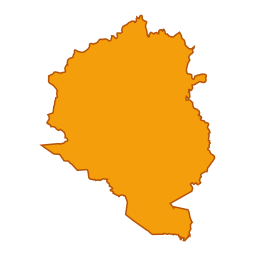 Santiago Jocotepec, Oaxaca, Mexico
{"feature_id": "50627088B21737017229754", "entity_name": "Santiago Jocotepec", "entity_type": "district", "adm_level": 2, "iso_a3": "MEX", "parent_name": "Mexico", "parent_adm1": "Oaxaca", "projection": "albers", "projection_center": [-95.984, 17.649], "detail": "fine", "context": "isolated", "style": "filled", "palette": "amber", "viewbox_px": 256, "rotation_deg": 0, "n_neighbors": 0, "source": "geoboundaries", "source_scale": "gbopen_adm2", "svg_char_len": 5743}
<svg xmlns="http://www.w3.org/2000/svg" viewBox="0 0 256 256"><path d="M47.9,114.7L49.0,116.6L49.4,118.2L48.9,119.5L46.9,122.8L47.7,123.7L48.3,123.5L48.7,123.8L49.1,124.5L50.0,124.5L50.8,126.0L50.7,126.5L51.0,126.8L52.6,126.5L55.2,127.3L56.4,129.0L58.3,130.3L58.8,130.3L60.0,129.5L60.8,129.5L61.3,130.1L62.5,130.7L63.1,131.5L64.1,132.2L65.1,134.6L65.3,135.5L65.0,137.7L66.2,137.8L66.7,138.2L67.7,139.7L67.7,140.1L67.3,141.0L66.9,141.3L65.9,141.4L64.7,142.0L64.1,142.8L63.2,143.5L61.8,143.4L61.5,143.7L59.9,144.1L59.1,143.6L41.4,145.2L53.6,153.8L56.0,154.2L59.6,154.3L63.2,159.4L64.0,160.8L68.5,161.1L69.5,162.4L70.2,163.2L71.6,164.0L77.4,170.3L86.5,169.6L87.3,169.9L88.1,171.5L88.1,172.8L88.6,173.7L88.4,174.5L88.9,177.8L89.5,178.2L89.5,178.5L90.5,179.2L92.7,179.4L93.2,179.9L94.7,179.4L95.4,180.4L96.1,180.1L97.6,180.2L98.0,179.8L98.9,179.9L99.1,180.2L99.5,180.3L100.0,180.1L100.6,180.4L102.4,179.0L102.9,178.9L107.2,179.3L106.9,179.6L106.8,181.5L108.0,183.0L108.8,183.3L109.2,183.8L109.3,184.9L109.5,185.2L109.5,186.2L110.0,185.9L110.3,186.4L111.4,187.1L112.7,188.3L112.0,189.0L110.7,189.5L110.3,190.3L110.7,190.8L112.2,191.0L112.9,191.6L113.3,192.0L113.0,193.2L113.2,193.4L114.5,193.6L115.0,194.4L115.6,194.4L116.9,195.2L118.0,195.5L118.7,196.4L119.1,196.5L119.4,195.9L120.4,195.3L122.5,194.8L123.7,195.7L125.1,195.9L127.4,202.0L125.7,214.6L133.5,220.7L146.8,230.1L148.1,230.7L150.4,233.0L152.4,234.4L162.2,234.2L163.6,234.1L163.7,233.5L164.8,233.5L166.5,234.1L167.7,234.2L169.1,233.6L173.5,234.7L173.9,234.0L174.1,234.0L174.4,234.2L177.2,234.8L178.2,234.6L178.9,235.9L178.9,236.6L180.8,237.0L180.3,237.6L180.9,237.7L181.1,238.0L180.3,238.5L180.4,239.4L180.8,239.6L181.7,238.3L182.8,237.8L184.1,238.1L183.3,240.5L185.0,240.6L185.8,239.4L187.1,238.2L187.3,237.4L188.5,237.0L188.3,235.8L188.9,235.1L189.9,236.0L190.0,234.8L189.1,232.7L189.8,230.7L190.9,228.9L190.4,226.9L190.6,225.7L190.5,224.4L192.3,222.2L191.6,221.7L191.5,221.1L190.2,218.2L188.9,212.0L187.9,209.8L174.0,206.8L173.7,208.1L170.2,203.4L191.8,191.2L192.6,188.2L192.4,187.3L190.4,184.2L191.5,183.2L192.4,182.8L193.7,184.3L194.2,184.2L195.7,183.0L196.3,183.0L197.2,184.5L198.1,184.7L198.8,184.1L200.3,183.2L200.7,182.6L199.5,180.8L200.1,178.1L200.8,177.2L201.2,177.0L201.3,176.5L200.6,175.4L200.8,174.5L202.0,173.4L204.7,171.9L205.4,171.6L207.0,171.6L207.7,167.8L209.6,165.5L209.8,164.8L210.5,164.2L211.0,163.2L212.9,160.9L214.6,158.1L214.4,157.4L214.6,156.8L213.5,155.4L211.1,153.9L210.5,153.2L209.7,151.1L209.1,150.4L208.3,150.0L207.8,149.3L207.8,148.7L208.3,148.0L209.1,147.5L209.2,144.7L209.7,143.5L210.2,143.0L210.0,142.6L209.2,142.1L209.6,140.8L208.4,140.0L209.1,134.8L208.5,134.4L208.9,133.1L210.0,132.7L209.4,130.5L207.8,128.3L207.4,127.2L208.7,124.3L208.0,123.2L206.5,122.7L205.3,122.6L204.4,121.0L201.1,120.2L200.4,118.8L200.5,118.3L201.2,118.3L201.5,117.6L201.4,116.8L200.9,116.4L200.5,116.4L199.8,115.7L198.7,115.5L199.0,114.9L198.9,114.8L199.3,114.6L199.1,113.7L199.5,113.5L199.6,112.8L199.3,111.7L198.8,110.9L196.9,109.3L194.1,108.3L192.9,106.2L192.6,102.6L189.7,100.0L188.4,99.6L186.8,100.4L185.9,99.9L186.1,97.7L186.4,96.4L187.7,97.5L187.8,98.2L188.7,98.3L189.8,97.2L189.4,92.0L188.5,91.9L188.6,91.4L189.7,90.8L188.9,89.8L188.7,89.8L188.7,89.6L188.9,89.4L189.5,89.5L191.0,90.3L191.3,90.2L192.0,89.4L192.7,87.8L192.2,86.3L192.2,84.9L194.4,84.7L199.4,81.7L200.6,81.8L203.1,82.6L204.7,82.2L205.5,81.7L205.9,80.6L206.0,80.1L205.7,77.9L206.3,76.2L206.2,75.5L205.8,74.7L203.9,74.1L201.0,74.3L199.3,75.0L197.6,75.1L196.0,76.0L194.9,76.2L194.2,78.8L193.4,79.3L192.7,79.0L191.9,78.0L191.7,75.0L191.4,74.6L189.6,74.0L187.8,73.9L187.1,73.2L186.5,71.1L186.4,70.2L186.8,67.4L188.1,62.7L189.8,60.1L188.8,57.8L188.8,56.9L189.6,55.4L190.5,54.4L192.3,53.2L193.0,52.4L193.0,51.8L192.6,51.2L192.5,49.9L192.8,49.1L194.0,48.0L194.2,46.7L191.7,48.8L190.9,48.9L189.1,48.8L185.9,45.8L185.1,44.5L185.1,43.2L184.5,40.9L184.0,39.9L181.9,38.4L181.3,35.5L179.6,32.3L176.1,34.6L173.6,36.8L172.8,37.0L171.4,36.8L169.3,36.1L168.5,35.5L167.4,34.0L166.7,34.2L165.9,34.1L165.4,33.6L164.8,31.2L164.0,29.5L163.6,29.3L163.1,29.5L162.9,30.8L162.6,31.1L161.4,29.7L160.0,29.9L158.9,30.8L158.6,32.8L158.7,33.7L158.1,33.7L156.5,32.5L154.6,33.1L154.2,33.8L153.9,33.9L153.3,33.7L151.5,32.5L150.7,32.4L150.2,32.9L149.9,33.9L148.9,34.7L149.3,36.4L148.7,36.9L147.9,36.6L147.2,35.0L146.8,30.9L145.5,26.8L145.8,24.6L146.7,22.2L146.0,21.4L143.3,20.3L142.3,18.7L142.1,16.1L141.6,15.5L141.1,15.4L140.8,15.4L139.6,16.6L139.4,18.5L139.1,18.6L138.4,18.2L136.9,17.1L137.0,18.3L136.3,18.7L136.5,21.0L135.9,21.3L135.3,22.3L134.7,22.4L134.7,22.1L135.2,21.8L134.6,21.4L132.0,21.1L128.6,22.8L127.8,23.7L125.1,25.5L124.5,25.5L123.9,26.1L123.2,26.3L122.4,27.5L121.7,30.2L122.1,30.8L122.3,31.9L121.2,32.9L120.1,33.4L119.2,33.0L117.2,33.1L116.9,34.0L117.3,35.7L117.4,36.7L117.3,37.3L116.6,38.3L116.1,38.4L115.2,38.1L114.1,36.6L113.0,35.8L112.1,35.8L112.1,36.1L111.7,36.0L111.9,36.7L111.6,37.2L111.1,39.8L110.5,40.5L109.9,40.8L109.0,40.9L107.7,39.8L105.5,38.9L103.1,39.2L102.4,39.7L101.6,39.3L100.2,39.2L99.1,40.0L97.6,42.2L95.8,43.3L94.3,43.6L93.4,44.2L91.4,43.5L90.5,43.5L90.1,43.7L89.5,44.6L89.5,46.9L88.9,47.8L87.6,49.4L83.6,52.2L81.7,52.3L80.7,52.2L78.0,51.4L75.2,49.9L74.7,50.1L74.5,50.5L74.4,52.1L74.6,52.7L73.6,54.4L73.0,56.9L72.0,57.8L70.8,57.9L69.5,58.6L68.5,59.3L67.7,60.3L67.3,61.9L67.6,64.9L66.8,64.5L65.2,67.3L64.9,68.4L65.4,71.6L65.0,72.1L62.3,72.6L60.4,73.2L58.2,72.5L55.5,72.0L54.1,72.2L53.5,73.2L52.8,73.9L51.8,74.6L51.1,74.7L49.9,75.4L49.1,75.7L49.3,76.0L48.7,76.3L48.6,80.8L48.7,81.5L49.3,82.9L51.8,84.3L53.5,85.6L56.3,88.8L57.0,90.5L57.6,91.0L56.9,92.2L56.7,93.6L57.3,96.6L57.0,97.4L55.9,97.6L54.7,102.7L54.6,104.4L53.8,106.7L53.1,112.8L47.9,114.7Z" fill="#f59e0b" stroke="#b45309" stroke-width="1.5"/></svg>